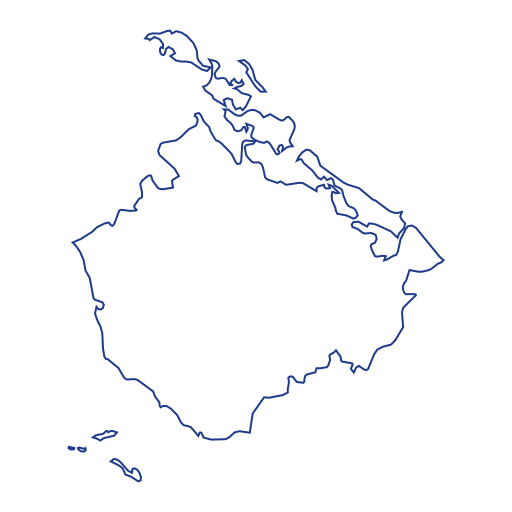 outline of Camagüey
{"feature_id": "CUB-1364", "entity_name": "Camagüey", "entity_type": "Province", "adm_level": 1, "iso_a3": "CUB", "parent_name": "Cuba", "parent_adm1": "", "projection": "orthographic", "projection_center": [-77.855, 21.478], "detail": "fine", "context": "isolated", "style": "outline", "palette": "blue", "viewbox_px": 512, "rotation_deg": 0, "n_neighbors": 0, "source": "natural_earth", "source_scale": "10m", "svg_char_len": 6008}
<svg xmlns="http://www.w3.org/2000/svg" viewBox="0 0 512 512"><path d="M195.2,114.0L198.9,113.0L200.9,115.2L203.8,121.4L209.1,127.0L210.5,131.3L214.5,138.2L216.2,140.5L218.8,141.4L221.4,143.3L231.4,153.6L235.8,162.4L237.4,164.0L240.0,163.6L241.2,161.3L242.3,143.7L243.4,141.4L245.8,140.4L255.2,141.4L253.3,143.8L246.3,145.1L244.8,147.1L246.0,154.5L247.4,156.9L251.7,161.6L253.6,162.5L259.0,162.4L261.4,164.0L263.0,167.6L265.1,177.3L267.1,179.3L277.4,182.9L280.6,181.4L286.1,184.8L299.3,182.8L303.1,183.2L316.5,191.2L316.7,187.9L318.4,186.3L324.0,184.8L324.3,187.1L325.6,188.3L327.6,188.5L330.1,188.1L328.6,184.7L331.6,185.7L339.0,192.9L335.9,193.3L333.7,192.0L332.3,191.9L331.6,196.0L332.1,200.3L335.3,207.6L336.1,211.3L337.2,213.7L346.7,215.5L353.3,218.6L355.4,218.1L357.7,215.4L356.3,211.3L354.2,208.5L348.5,206.0L346.2,202.8L343.5,195.9L342.2,190.5L341.2,188.9L334.5,185.5L333.1,179.9L330.9,178.1L327.1,180.1L323.9,176.7L321.0,179.5L317.9,177.6L312.0,170.2L303.8,163.2L301.5,159.5L300.0,159.1L297.0,160.6L298.8,156.6L302.3,152.4L306.3,149.6L309.7,150.2L317.3,156.6L320.3,165.7L343.5,182.5L347.9,184.7L359.0,188.1L372.7,199.5L375.6,200.6L388.5,210.3L391.7,212.0L394.8,212.9L398.0,212.9L401.9,211.9L400.2,216.3L401.4,219.2L405.0,223.2L404.2,227.9L399.0,233.6L397.6,237.7L390.8,231.3L376.7,224.8L373.1,223.8L369.0,223.4L367.1,226.6L358.5,221.7L353.4,222.1L351.7,224.5L352.4,227.0L357.4,228.8L363.0,233.0L365.1,233.5L371.3,233.0L375.6,234.8L376.7,238.7L375.1,242.6L371.3,244.4L370.7,246.3L372.1,250.5L375.0,256.2L377.5,256.6L382.4,255.8L385.8,256.2L384.1,260.3L386.3,259.8L394.0,255.5L396.0,255.2L397.9,251.6L400.6,239.1L406.0,228.6L407.8,226.3L411.9,225.5L416.0,227.9L439.6,256.7L443.5,260.2L441.2,262.4L437.7,263.8L431.5,268.8L428.7,270.1L422.8,271.6L418.9,271.8L409.5,270.1L406.1,280.8L404.3,283.0L403.0,286.1L402.8,288.3L403.8,292.1L405.8,294.2L414.2,294.1L415.5,294.4L415.9,295.2L403.3,307.6L402.0,312.0L403.1,327.2L395.1,340.5L390.9,344.7L383.1,346.6L377.3,349.6L374.3,354.0L368.0,369.2L366.2,370.1L364.4,369.6L358.8,365.9L356.1,367.7L353.8,372.6L350.9,368.8L352.7,364.5L352.2,363.4L341.8,361.5L341.1,360.4L340.6,356.8L336.0,350.3L333.8,352.6L330.6,354.2L329.4,355.6L330.1,360.0L328.3,365.4L326.8,367.2L319.9,368.3L316.5,368.2L315.3,372.4L307.7,374.2L305.5,375.4L304.4,378.6L304.4,381.5L303.3,382.8L296.8,382.0L292.7,376.7L290.1,376.4L288.4,377.6L288.9,382.5L287.7,389.5L287.8,392.5L282.7,395.1L269.3,397.7L264.1,397.3L252.7,413.5L249.8,432.7L239.6,431.2L234.8,432.3L228.8,437.6L225.4,439.2L211.2,439.6L203.7,437.6L201.3,432.6L199.7,432.6L198.3,435.9L191.1,427.4L188.5,426.2L183.7,425.2L181.1,422.6L177.2,415.1L170.9,408.7L166.4,405.9L162.9,406.0L160.6,407.3L159.8,406.1L159.3,402.2L155.2,396.8L153.1,391.4L137.6,380.0L134.6,379.1L126.9,379.5L124.2,377.9L118.5,368.1L107.8,359.2L105.9,358.9L104.4,356.7L103.0,348.7L102.3,333.4L100.6,326.9L97.3,320.2L95.0,313.6L96.5,306.8L98.5,309.2L100.9,309.5L102.9,308.0L103.8,304.6L102.2,302.2L95.1,299.8L93.5,298.1L89.7,277.9L85.6,270.7L83.4,259.5L80.1,251.9L75.7,245.5L72.7,242.5L80.8,239.0L92.2,231.8L97.0,227.2L104.4,223.5L108.7,222.5L111.2,225.5L112.6,225.8L114.5,223.4L119.2,210.7L121.1,209.8L130.3,210.9L136.0,210.5L136.6,209.9L134.5,207.7L134.2,206.0L139.3,198.5L141.2,198.0L142.1,196.8L142.0,192.0L140.2,183.9L142.2,180.6L147.8,176.0L149.6,175.4L151.1,175.7L152.6,180.7L158.0,188.0L160.3,189.0L163.3,189.2L173.0,187.6L172.0,181.0L173.1,179.7L178.9,176.1L174.6,168.7L159.4,154.9L158.1,150.8L160.6,144.0L163.3,142.6L175.7,140.5L180.0,137.8L189.1,129.0L195.8,125.7L197.4,122.1L197.6,119.4L196.7,117.2L194.8,116.1L195.2,114.0ZM292.6,120.7L294.3,123.5L294.8,126.4L294.2,129.6L289.5,140.2L290.2,142.5L292.7,146.3L289.3,146.5L286.7,147.5L282.1,151.0L283.1,146.8L281.7,144.9L279.4,145.6L277.6,149.4L279.2,151.7L279.3,153.4L277.6,154.4L276.4,154.1L275.6,152.9L269.8,143.5L267.1,141.4L264.0,142.9L259.3,141.9L254.6,139.7L251.6,137.4L251.1,135.4L253.8,127.8L252.8,126.1L246.3,123.8L247.8,127.8L247.5,129.8L246.3,131.8L244.8,127.0L243.4,127.0L241.2,130.3L237.7,131.3L234.4,129.9L232.9,126.1L231.0,123.3L227.3,120.3L224.5,116.4L225.6,110.9L224.0,109.4L228.2,109.5L234.0,113.9L237.4,115.6L240.9,115.7L247.9,110.9L251.6,109.9L254.7,110.1L259.8,112.6L263.6,117.4L270.2,114.2L279.6,119.8L282.1,120.7L284.9,119.1L286.7,117.2L288.8,116.9L292.6,120.7ZM170.4,56.1L175.0,53.2L172.9,49.3L168.5,47.0L166.1,48.9L164.9,53.6L163.5,55.1L161.5,54.5L160.1,52.0L160.0,49.0L161.0,47.2L163.0,48.0L163.0,44.0L159.6,39.3L154.5,37.0L149.7,40.1L148.6,38.9L145.2,38.4L148.2,34.6L152.5,33.4L160.2,33.6L167.2,30.9L170.2,30.7L171.9,33.6L176.2,31.2L181.8,32.7L187.2,36.3L193.4,43.1L196.7,50.3L197.5,58.1L198.5,60.5L203.1,65.8L210.7,67.4L207.0,71.0L201.8,69.5L191.3,62.5L186.5,61.6L181.3,61.6L175.8,60.4L170.4,56.1ZM213.6,98.8L212.1,95.3L205.2,90.4L203.1,86.7L206.6,85.4L209.5,82.4L211.3,78.5L212.0,74.7L212.3,66.2L211.6,63.5L209.2,59.5L215.8,61.2L218.5,63.3L219.6,66.6L216.0,71.1L214.5,74.0L215.8,77.9L217.7,78.7L223.0,77.9L225.6,78.7L229.7,85.0L232.9,85.3L230.1,83.6L231.9,80.8L234.3,78.8L235.9,81.6L238.1,83.0L240.2,82.7L241.8,80.2L243.6,84.2L241.2,86.0L237.2,86.9L234.3,88.4L236.8,89.0L241.8,93.2L248.6,94.9L250.9,96.4L246.0,106.2L242.7,110.2L240.3,107.7L235.9,109.4L232.9,104.5L232.0,99.8L227.4,98.2L223.7,100.1L225.6,106.0L213.6,98.8ZM139.4,472.7L141.0,477.3L140.5,480.5L138.1,481.3L131.5,476.9L125.5,474.6L122.6,468.2L118.6,465.3L110.8,461.4L114.0,458.9L117.4,459.7L120.6,462.2L128.2,470.9L131.9,472.7L132.5,469.0L134.6,468.3L137.1,469.7L139.4,472.7ZM246.3,72.3L247.9,69.2L245.5,65.6L239.0,61.0L244.3,60.1L249.1,64.0L252.5,69.8L255.3,79.9L262.6,87.4L265.7,91.6L260.5,91.7L255.0,85.9L246.3,72.3ZM116.9,432.4L114.1,435.7L103.8,438.1L100.3,440.5L96.8,438.6L92.9,437.4L95.6,435.4L103.3,433.7L106.4,430.9L107.6,431.4L108.1,432.3L110.4,431.1L112.6,431.0L116.9,432.4ZM84.9,447.4L85.6,448.3L85.6,450.5L84.0,451.6L80.6,451.2L78.3,449.2L77.9,448.2L78.9,447.5L85.3,449.1L84.9,447.4ZM68.9,446.8L74.3,448.0L74.0,449.3L70.7,449.5L68.5,448.0L68.9,446.8Z" fill="none" stroke="#1e3a8a" stroke-width="2"/></svg>